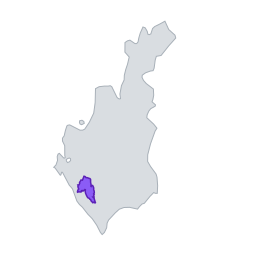 Stepanavan, Lori, Armenia (highlighted), rotated 243°
{"feature_id": "60910142B48694121515271", "entity_name": "Stepanavan", "entity_type": "district", "adm_level": 2, "iso_a3": "ARM", "parent_name": "Armenia", "parent_adm1": "Lori", "projection": "equal_earth", "projection_center": [44.342, 41.021], "detail": "fine", "context": "in_parent", "style": "filled", "palette": "violet", "viewbox_px": 256, "rotation_deg": 243, "n_neighbors": 0, "source": "geoboundaries", "source_scale": "gbopen_adm2", "svg_char_len": 2986}
<svg xmlns="http://www.w3.org/2000/svg" viewBox="0 0 256 256"><g transform="rotate(243 128 128)"><path d="M114.7,153.7L112.9,150.7L103.7,140.9L95.2,133.4L89.3,130.3L83.5,130.6L74.3,132.1L71.0,131.5L63.1,128.2L56.5,124.4L57.4,122.7L58.8,121.6L57.1,116.5L53.5,108.4L53.9,105.9L52.7,102.4L51.4,99.7L56.6,93.4L59.0,88.3L59.6,83.3L58.2,78.2L54.8,68.9L52.7,66.2L48.8,63.7L45.6,59.5L44.8,56.6L47.5,56.0L55.6,56.0L63.3,55.0L69.4,53.1L78.2,51.4L81.9,50.0L86.1,49.3L99.0,50.9L103.8,49.7L118.3,49.5L118.7,48.8L116.7,46.9L116.7,46.2L125.4,44.9L126.7,44.0L127.8,47.1L131.1,50.5L134.6,51.9L136.5,53.8L136.6,55.3L130.4,57.1L130.0,57.9L130.4,58.8L132.2,59.2L141.0,63.6L146.1,63.7L148.7,65.0L150.0,67.6L154.2,71.1L157.6,74.5L157.8,75.7L157.2,77.5L147.9,84.2L146.7,86.5L146.6,88.9L150.7,96.2L156.8,104.2L165.6,110.3L177.8,116.9L177.9,121.0L176.1,125.9L174.4,129.2L173.7,131.4L172.2,132.3L160.2,132.1L158.4,132.9L157.6,133.9L157.6,134.7L161.9,136.2L168.7,141.4L172.6,146.4L176.7,148.7L181.3,152.7L185.0,156.5L190.7,161.3L197.0,159.7L205.5,164.1L205.9,167.0L205.4,169.6L200.1,172.5L199.4,173.7L199.5,174.7L200.2,176.1L203.3,178.5L207.0,182.0L211.2,187.2L209.4,188.8L205.5,189.0L202.5,188.3L201.5,189.4L201.5,191.1L205.5,195.1L206.3,198.0L206.2,203.0L206.4,209.4L197.2,209.0L189.4,212.0L186.5,211.4L184.4,206.0L182.7,201.6L177.6,190.4L179.0,185.8L176.2,183.1L169.4,178.4L167.7,176.4L168.6,173.7L169.2,168.7L168.6,164.7L166.8,163.5L163.4,163.4L159.4,164.4L151.2,168.3L145.6,165.8L142.3,163.3L140.4,161.3L136.1,163.0L135.1,162.1L134.9,157.0L133.6,154.2L131.0,151.0L128.6,149.4L119.9,152.6L114.7,153.7ZM127.9,62.1L128.2,60.3L127.8,58.6L126.4,58.1L124.6,58.5L124.5,60.4L125.1,62.1L126.8,62.9L127.9,62.1ZM155.8,90.5L153.9,91.6L152.0,91.1L152.0,88.2L153.3,87.1L154.9,87.2L156.4,88.2L155.8,90.5Z" fill="#d9dde1" stroke="#a8b0b8" stroke-width="1"/><path d="M92.8,70.4L93.2,69.9L93.0,69.3L92.6,68.6L92.9,68.5L93.6,69.0L94.5,69.4L95.4,69.7L96.5,70.0L97.0,70.2L97.5,70.5L98.0,70.6L98.4,71.0L98.9,71.2L99.6,71.3L100.4,71.0L100.9,70.3L101.6,69.8L102.1,69.3L102.5,68.8L102.7,68.2L103.4,67.9L104.1,67.8L104.7,67.3L105.0,66.8L104.0,65.8L103.5,65.2L103.2,64.8L103.0,64.7L102.2,63.7L103.0,62.5L102.5,61.8L102.2,61.4L101.9,60.8L101.5,60.1L100.8,60.0L100.1,59.2L99.6,58.7L100.0,57.5L99.6,57.5L99.3,57.3L98.9,56.9L98.1,56.9L97.9,56.6L97.3,56.5L96.1,56.4L96.1,56.2L95.7,55.6L95.1,54.8L94.3,54.2L94.0,53.9L93.6,54.0L93.6,55.0L93.0,55.9L92.7,56.5L92.3,57.0L92.6,57.8L93.3,58.1L93.1,58.9L92.9,59.0L92.3,59.2L92.2,59.5L92.3,60.0L92.5,60.6L92.8,61.6L92.4,62.0L92.1,61.9L91.5,61.4L90.7,61.0L89.6,60.7L88.7,60.5L87.9,60.5L86.9,60.4L85.4,60.4L84.2,60.5L83.5,61.0L82.8,61.6L81.9,61.6L81.3,62.0L80.8,62.2L79.8,62.0L78.8,62.3L77.3,62.8L77.4,63.1L77.5,63.4L77.4,64.0L77.2,64.3L76.7,64.6L76.2,64.6L76.3,65.1L77.1,65.2L79.3,65.6L79.5,65.6L80.1,65.7L80.6,65.9L82.4,65.4L82.0,66.5L83.8,66.9L84.0,67.6L85.1,67.6L85.4,68.5L86.9,69.1L87.4,69.3L88.4,69.3L90.1,70.2L91.1,70.4L92.8,70.4Z" fill="#8b5cf6" stroke="#5b21b6" stroke-width="1.5"/></g></svg>